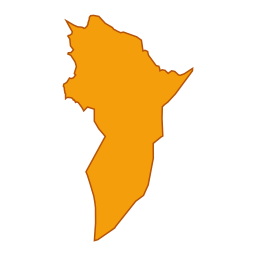 San Juan Chicomezúchil, Oaxaca, Mexico (Natural Earth projection)
{"feature_id": "50627088B29629326931919", "entity_name": "San Juan Chicomezúchil", "entity_type": "district", "adm_level": 2, "iso_a3": "MEX", "parent_name": "Mexico", "parent_adm1": "Oaxaca", "projection": "natural_earth1", "projection_center": [-96.512, 17.275], "detail": "fine", "context": "isolated", "style": "filled", "palette": "amber", "viewbox_px": 256, "rotation_deg": 0, "n_neighbors": 0, "source": "geoboundaries", "source_scale": "gbopen_adm2", "svg_char_len": 1427}
<svg xmlns="http://www.w3.org/2000/svg" viewBox="0 0 256 256"><path d="M105.3,23.4L98.8,16.4L93.5,15.4L90.6,15.7L89.4,17.3L89.2,19.5L88.1,22.7L87.9,24.4L86.8,26.5L84.9,28.1L83.9,28.4L82.9,27.5L81.0,27.1L77.8,26.9L73.7,25.1L66.2,20.7L72.3,31.8L71.7,33.9L69.9,35.2L69.0,35.4L68.3,35.5L67.9,36.1L69.8,39.0L70.5,45.9L73.5,49.8L71.0,52.6L68.3,52.8L67.9,54.0L70.8,55.3L75.1,61.9L76.4,66.5L74.3,73.6L75.6,75.0L73.5,77.7L71.7,78.5L70.6,78.4L69.5,78.0L67.0,82.1L66.4,82.6L64.7,83.7L63.7,84.2L63.4,86.4L64.2,87.3L64.4,89.8L65.1,93.4L65.6,94.0L65.5,95.2L65.6,98.6L66.4,97.8L67.9,97.4L71.5,97.8L72.7,98.7L73.4,100.1L74.3,100.0L74.8,100.9L75.6,102.4L76.8,101.9L78.3,102.6L80.7,105.8L82.6,108.6L83.7,110.9L87.5,107.0L94.3,109.2L94.3,121.1L98.8,128.8L105.3,136.4L86.0,171.8L87.5,175.4L89.9,183.0L93.8,196.1L94.9,202.5L95.5,207.9L95.6,222.9L94.4,240.6L97.7,239.7L114.8,227.9L115.4,226.7L135.7,201.2L143.5,195.4L148.2,184.9L152.3,163.4L153.3,158.2L153.2,143.4L160.9,137.1L162.8,136.0L162.0,118.3L162.3,106.8L164.5,104.6L167.7,102.2L175.3,94.0L176.9,91.9L177.0,91.7L192.4,70.9L192.6,68.4L184.3,73.8L180.2,75.3L178.5,74.9L174.8,71.5L171.7,70.8L168.1,73.4L165.1,70.4L162.1,69.8L159.9,70.8L159.6,68.3L158.8,66.3L156.1,65.6L148.5,55.3L147.6,51.5L145.0,50.3L142.9,50.9L142.7,49.0L141.4,40.2L139.3,38.7L136.6,36.8L123.4,32.1L120.6,32.7L116.7,30.9L115.8,30.3L113.7,29.3L112.4,27.5L105.3,23.4Z" fill="#f59e0b" stroke="#b45309" stroke-width="1.5"/></svg>